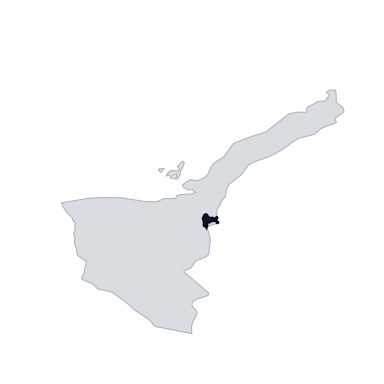 location of Tsorona, Debub, Eritrea, rotated 287°
{"feature_id": "51966322B5421024020858", "entity_name": "Tsorona", "entity_type": "district", "adm_level": 2, "iso_a3": "ERI", "parent_name": "Eritrea", "parent_adm1": "Debub", "projection": "mercator", "projection_center": [39.222, 14.605], "detail": "fine", "context": "in_parent", "style": "filled", "palette": "ink", "viewbox_px": 384, "rotation_deg": 287, "n_neighbors": 0, "source": "geoboundaries", "source_scale": "gbopen_adm2", "svg_char_len": 5330}
<svg xmlns="http://www.w3.org/2000/svg" viewBox="0 0 384 384"><g transform="rotate(287 192 192)"><path d="M56.6,233.1L55.2,220.7L54.4,212.4L53.4,203.6L52.5,195.3L56.5,190.2L58.3,185.4L63.0,169.6L64.9,166.5L68.6,158.0L69.2,155.6L72.8,144.9L72.5,137.8L71.7,130.6L73.7,126.4L75.5,123.0L75.4,120.1L76.2,113.4L76.8,111.7L79.0,111.6L83.5,112.5L86.8,111.8L90.6,111.8L93.6,111.6L95.3,109.5L97.7,101.7L99.2,100.1L100.4,99.7L103.8,98.2L106.7,95.9L109.0,94.3L109.9,94.0L112.4,93.8L114.9,92.8L116.0,91.7L119.2,90.8L122.2,91.3L124.3,90.3L125.7,89.7L127.3,89.7L128.7,88.7L129.3,87.4L130.2,86.5L132.6,84.4L133.7,82.9L134.2,81.5L134.7,80.3L135.7,78.3L139.9,73.3L143.5,70.3L156.1,95.6L161.3,110.6L165.8,126.1L169.1,149.4L172.3,161.2L177.4,167.0L180.9,178.1L184.0,178.5L186.1,181.5L189.9,191.8L192.6,195.7L194.0,192.4L193.8,190.5L192.8,187.3L193.7,183.2L195.8,180.7L200.6,184.1L203.2,186.6L203.9,191.7L205.0,194.5L210.0,200.4L214.2,202.2L219.7,202.6L224.3,203.9L228.0,206.1L234.9,212.1L250.6,217.4L263.2,233.6L270.7,244.9L295.1,261.8L299.4,270.0L301.6,277.9L306.7,277.5L315.5,286.2L318.1,292.8L325.3,295.2L326.6,291.3L330.1,294.5L331.5,299.5L326.9,301.5L321.8,303.2L321.0,303.1L319.3,305.4L316.9,311.7L314.3,313.5L312.9,313.7L304.9,307.8L303.7,307.5L302.0,308.6L300.7,309.8L297.0,305.4L294.3,301.5L290.5,296.8L286.9,294.7L282.9,292.0L279.1,285.9L275.1,279.1L269.3,273.6L258.4,265.6L248.3,255.5L240.7,244.9L235.7,239.3L233.6,237.9L223.4,234.4L216.2,229.6L210.8,225.6L207.4,224.5L204.1,224.4L197.1,225.2L191.4,222.7L188.9,222.7L185.0,221.9L182.0,221.0L178.4,222.1L171.1,223.9L168.1,223.5L166.4,221.0L165.5,219.1L162.9,217.1L160.8,217.1L159.6,218.9L152.0,223.4L139.2,225.9L136.1,225.7L133.8,223.9L127.4,216.2L125.5,214.9L124.0,214.8L121.0,213.9L118.2,212.4L115.8,209.2L113.3,207.4L110.6,213.6L106.0,224.5L103.5,230.3L100.2,237.7L99.2,237.9L97.6,237.4L91.2,228.1L87.1,224.6L84.1,224.9L81.9,226.7L80.6,229.8L79.1,231.7L77.4,232.4L73.9,232.1L68.6,230.6L63.0,230.9L57.3,233.0L56.6,233.1ZM207.4,171.0L209.1,173.3L210.3,173.0L211.3,172.3L211.9,170.6L218.5,173.8L218.2,176.0L214.2,176.1L209.7,175.2L205.5,175.5L200.5,174.6L199.3,171.0L202.5,172.7L204.2,172.3L204.5,171.8L202.2,169.3L199.0,168.9L199.2,166.9L200.7,166.2L201.5,165.2L199.7,162.6L203.3,163.2L205.6,164.8L207.0,166.7L207.4,171.0ZM204.7,154.2L206.1,158.4L202.0,156.8L201.4,155.9L203.1,154.3L203.5,153.2L204.7,154.2Z" fill="#d9dde1" stroke="#a8b0b8" stroke-width="1"/><path d="M170.3,209.6L169.4,210.1L169.2,210.2L169.0,210.3L168.9,210.4L168.7,210.5L168.2,210.8L167.9,211.0L167.7,211.1L167.4,211.3L167.0,211.7L166.9,211.7L166.7,211.7L166.3,212.0L165.9,212.1L165.6,212.1L165.3,212.2L165.1,212.3L164.6,212.4L164.3,212.4L163.5,212.7L163.4,212.8L163.1,212.9L162.9,213.0L162.7,213.2L162.6,213.3L162.5,213.5L162.5,213.9L162.5,214.0L162.8,214.5L162.9,214.8L163.0,214.9L163.0,215.2L162.9,215.4L162.8,215.5L162.7,215.6L162.4,215.7L162.4,215.8L162.1,215.9L161.9,215.9L161.8,216.0L161.7,216.1L161.4,216.3L161.3,216.5L161.2,216.6L161.3,216.6L161.3,216.8L161.5,216.8L161.7,216.7L161.9,216.7L162.0,216.6L162.3,216.6L162.5,216.5L162.8,216.7L163.0,216.7L163.3,216.5L163.5,216.6L163.7,216.8L163.8,216.7L163.9,216.8L164.0,216.7L164.3,216.5L164.4,216.4L164.5,216.3L164.8,216.3L165.0,216.4L165.1,216.5L165.3,216.4L165.5,216.3L165.6,216.2L166.0,216.1L166.3,216.1L166.5,216.1L166.8,216.2L167.0,216.2L167.2,216.3L167.3,216.5L167.5,216.6L167.8,216.7L167.8,216.8L167.7,217.0L167.6,217.3L167.6,217.6L167.6,217.8L167.7,218.0L167.8,218.0L168.0,218.1L168.3,218.0L168.3,217.9L168.6,217.5L168.6,217.4L168.7,217.5L168.8,217.6L169.0,217.7L169.0,217.8L169.0,218.0L169.1,217.9L169.2,218.0L169.3,218.1L169.3,218.3L169.3,218.5L169.5,218.8L169.7,219.0L169.8,219.1L169.7,219.1L169.8,219.3L169.7,219.4L169.7,219.5L169.9,219.5L170.0,219.7L170.0,219.8L169.9,219.8L169.9,220.0L169.9,220.4L169.9,220.5L170.0,220.7L170.1,220.8L170.1,221.0L170.3,221.2L170.3,221.4L170.4,221.5L170.5,221.7L170.7,221.9L170.7,222.0L170.8,222.2L170.8,222.4L170.8,222.5L170.9,222.8L170.9,223.0L171.0,223.0L171.0,223.3L170.9,223.3L170.7,223.5L170.4,223.7L170.3,223.8L170.2,224.2L170.1,224.3L169.8,224.4L169.7,224.4L169.6,224.5L169.4,224.7L169.3,224.9L169.5,224.9L169.4,225.0L169.5,225.1L169.6,225.4L169.8,225.6L169.9,225.8L170.0,226.1L170.0,226.3L170.3,226.5L170.5,226.5L170.5,226.4L170.8,226.4L170.9,226.2L171.0,226.0L171.1,225.9L171.3,225.3L171.4,225.2L171.5,225.1L171.6,224.9L172.0,224.4L172.2,223.9L172.7,223.8L173.0,223.9L173.3,223.8L173.9,224.0L174.5,224.0L174.8,224.2L175.0,224.1L175.2,223.8L175.4,223.6L175.5,223.5L175.5,223.3L175.6,223.2L175.6,222.9L175.3,223.0L175.3,222.9L175.2,222.8L174.9,222.4L174.7,222.3L174.6,222.1L174.4,221.9L174.1,221.9L173.9,222.0L173.7,221.7L173.3,221.5L173.2,221.3L173.2,221.2L173.3,220.8L173.5,220.4L173.6,220.2L173.6,219.9L173.6,219.7L173.7,219.4L173.8,219.3L173.8,219.2L173.7,218.8L173.6,218.7L173.4,218.6L173.4,218.4L173.1,218.3L173.1,218.0L173.0,217.8L173.0,217.7L173.0,217.3L173.0,217.2L173.0,216.9L173.0,216.6L173.0,216.4L173.0,216.2L173.0,215.6L173.0,214.9L173.1,214.5L173.9,214.1L174.3,214.0L174.5,213.6L174.7,213.4L174.8,213.1L175.0,212.8L175.1,212.4L175.3,212.1L174.6,210.9L174.1,210.5L173.8,210.3L173.6,210.1L173.4,210.0L173.2,210.0L172.9,210.1L172.7,210.1L172.2,210.2L171.9,210.1L171.4,210.0L171.2,210.0L170.9,209.7L170.7,209.7L170.4,209.6L170.3,209.6Z" fill="#0f172a" stroke="#020617" stroke-width="1.5"/></g></svg>